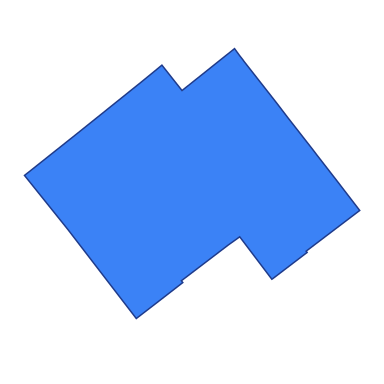 Carbon, Wyoming, United States of America (orthographic projection), rotated 232°
{"feature_id": "52423323B98729556539249", "entity_name": "Carbon", "entity_type": "district", "adm_level": 2, "iso_a3": "USA", "parent_name": "United States of America", "parent_adm1": "Wyoming", "projection": "orthographic", "projection_center": [-106.885, 41.717], "detail": "fine", "context": "isolated", "style": "filled", "palette": "blue", "viewbox_px": 384, "rotation_deg": 232, "n_neighbors": 0, "source": "geoboundaries", "source_scale": "gbopen_adm2", "svg_char_len": 569}
<svg xmlns="http://www.w3.org/2000/svg" viewBox="0 0 384 384"><g transform="rotate(232 192 192)"><path d="M278.8,313.8L278.1,246.6L292.7,246.5L310.5,246.4L309.9,220.8L308.9,146.6L308.7,129.0L308.2,70.2L307.9,70.2L239.1,71.1L126.6,70.2L126.4,99.5L126.3,129.0L128.6,129.0L127.9,187.9L127.3,202.0L74.1,201.2L74.0,202.1L73.5,245.5L75.1,245.5L74.2,312.8L111.7,313.1L144.7,313.2L151.1,313.3L160.9,313.3L191.7,313.3L210.0,313.5L261.8,313.4L263.6,313.4L263.9,313.5L264.7,313.5L269.7,313.5L270.4,313.5L278.8,313.8Z" fill="#3b82f6" stroke="#1e3a8a" stroke-width="1.5"/></g></svg>